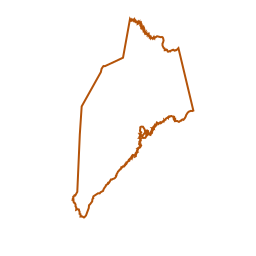 Carurú, Vaupés, Colombia, rotated 206°
{"feature_id": "7082276B59007066817761", "entity_name": "Carurú", "entity_type": "district", "adm_level": 2, "iso_a3": "COL", "parent_name": "Colombia", "parent_adm1": "Vaupés", "projection": "equal_earth", "projection_center": [-71.474, 1.148], "detail": "fine", "context": "isolated", "style": "outline", "palette": "amber", "viewbox_px": 256, "rotation_deg": 206, "n_neighbors": 0, "source": "geoboundaries", "source_scale": "gbopen_adm2", "svg_char_len": 5981}
<svg xmlns="http://www.w3.org/2000/svg" viewBox="0 0 256 256"><g transform="rotate(206 128 128)"><path d="M174.0,226.9L163.3,189.0L175.9,173.4L177.0,173.1L177.3,172.7L177.7,169.7L176.9,166.3L179.1,127.1L168.5,101.1L145.6,48.4L145.8,44.7L146.0,44.8L146.2,44.3L146.6,44.1L146.6,43.3L147.1,42.3L146.5,41.4L146.7,40.5L146.3,39.2L145.6,39.7L144.6,37.8L144.0,37.3L143.4,37.4L143.0,37.0L142.5,37.0L141.5,36.1L140.8,34.5L139.7,34.0L139.6,33.5L139.0,32.8L138.7,31.8L137.7,33.0L136.4,33.2L136.2,32.7L134.8,31.5L133.9,29.6L133.0,29.7L132.5,28.9L131.9,28.6L132.0,27.8L131.9,27.6L131.3,28.1L130.6,28.1L130.1,28.5L128.6,28.2L128.1,28.5L127.4,31.0L128.2,38.9L129.2,41.5L128.7,42.7L128.0,46.3L128.8,48.4L128.4,49.6L129.0,50.3L129.1,51.5L126.3,56.2L124.8,56.8L124.5,58.2L122.8,60.6L123.1,62.1L122.9,63.4L123.0,63.9L122.5,65.8L122.8,66.8L122.5,67.1L122.0,68.5L121.6,68.8L121.8,69.7L121.4,69.7L121.4,70.5L121.0,70.6L120.8,74.2L119.9,74.5L119.8,75.0L118.2,76.6L117.8,77.4L117.4,79.1L117.6,79.8L117.9,80.0L117.6,80.7L118.0,81.4L117.8,83.2L117.9,84.4L117.3,85.9L117.3,86.7L116.7,87.4L116.8,87.8L116.5,88.0L116.8,89.9L116.4,90.1L116.1,89.7L115.9,90.1L115.8,91.2L114.8,91.5L114.6,92.3L114.8,92.6L114.3,93.1L114.6,93.5L114.2,94.1L114.6,94.2L114.6,95.0L114.0,95.3L114.3,96.4L114.0,96.6L113.9,96.0L113.7,96.0L113.6,97.8L112.8,98.6L113.2,99.5L112.8,99.6L112.7,99.0L112.4,99.4L113.0,101.0L112.8,101.3L112.4,100.6L112.5,102.3L112.1,101.6L111.7,101.8L111.9,102.9L112.3,102.9L112.3,103.5L112.1,103.6L111.3,102.9L111.4,103.6L111.1,104.0L111.3,105.1L111.6,105.3L112.0,104.8L112.2,105.0L111.9,105.9L111.2,106.0L110.2,106.6L109.7,106.4L109.3,105.8L109.0,106.5L108.9,105.7L108.6,106.1L109.4,107.7L109.2,109.2L110.0,109.0L109.9,109.5L109.0,110.2L108.8,110.6L109.7,110.8L109.9,111.5L109.6,111.9L109.6,112.6L109.8,112.8L110.1,112.5L110.2,113.2L109.8,113.5L110.0,113.9L109.8,114.2L110.3,114.1L109.6,115.4L108.7,115.9L108.8,116.5L108.5,116.9L108.7,117.4L108.5,118.0L109.0,118.4L109.6,118.0L109.8,118.9L110.4,118.7L110.2,118.0L110.8,118.2L111.3,119.3L111.0,120.4L111.4,120.3L111.8,120.7L111.6,122.0L111.2,122.7L111.7,123.1L111.7,123.6L112.1,123.3L112.8,123.6L113.1,124.0L113.6,123.9L113.3,124.6L113.3,124.9L113.0,125.3L113.1,125.7L113.4,125.2L113.8,125.3L113.8,127.0L114.2,127.2L113.7,127.7L115.0,128.1L114.3,128.6L114.2,129.9L115.6,130.3L116.1,130.9L116.7,132.9L117.3,134.0L117.2,134.4L116.6,135.1L115.1,135.7L112.4,134.0L110.6,131.7L111.4,128.3L111.4,126.7L111.2,126.0L110.2,125.6L108.1,126.8L108.0,128.7L110.1,132.7L110.2,133.7L109.8,134.2L108.6,134.1L107.2,131.0L106.9,131.9L106.2,132.3L105.6,131.5L104.8,131.6L104.9,132.1L105.4,132.0L106.0,132.7L105.7,133.0L105.1,132.6L104.8,132.9L104.9,133.1L105.3,133.0L105.4,133.4L105.8,133.5L105.7,134.8L105.2,134.4L104.4,134.3L104.5,134.8L105.4,135.3L105.3,135.6L104.8,135.8L105.1,136.5L104.7,137.0L105.1,137.7L105.8,136.9L106.0,137.7L105.2,138.1L106.0,138.4L105.1,138.7L105.8,139.5L105.7,140.0L105.0,139.7L105.2,140.0L105.3,140.9L105.1,141.1L104.7,140.5L104.3,140.9L104.0,141.6L104.1,141.8L104.5,141.7L104.6,142.3L105.2,142.3L105.2,142.7L104.1,142.4L103.6,143.5L104.0,143.9L103.7,144.9L104.1,145.1L104.4,144.8L104.5,145.6L103.2,145.6L103.0,145.3L102.7,145.5L102.3,145.2L102.2,145.5L102.4,145.8L101.5,146.3L101.5,146.8L101.3,146.7L101.2,147.2L100.6,146.9L100.4,147.5L100.2,147.5L99.8,149.0L99.4,149.2L99.2,149.7L98.9,149.6L99.0,150.2L98.6,150.7L98.8,151.0L98.5,150.9L98.3,151.6L97.9,151.9L98.1,152.9L97.7,153.7L97.4,154.1L97.0,154.3L96.9,154.8L96.6,154.7L96.8,155.1L96.3,155.4L96.3,155.9L95.8,156.1L95.9,156.5L95.4,156.5L95.3,157.0L94.3,157.8L92.8,157.8L92.1,158.3L91.4,158.3L90.8,157.6L91.1,157.1L90.9,156.8L91.2,156.7L91.0,156.2L90.5,155.8L89.9,156.3L89.9,155.8L89.3,155.9L89.3,155.4L88.8,155.3L88.7,154.8L86.8,155.9L84.9,155.8L83.9,157.7L83.5,157.8L83.2,158.2L83.3,158.8L83.0,159.3L82.6,159.7L81.7,159.7L81.5,160.9L81.2,161.5L81.3,162.3L81.1,163.4L81.4,165.0L81.1,167.8L80.6,169.2L79.0,171.0L77.7,171.4L76.9,172.3L117.7,221.9L118.6,219.2L119.2,219.0L119.8,218.0L121.3,218.2L121.5,218.2L121.7,217.7L122.2,217.7L123.4,216.2L123.7,215.3L124.3,215.4L125.3,214.2L125.8,214.1L127.1,215.3L127.7,215.4L128.3,214.5L129.1,214.0L129.9,215.5L131.1,215.6L133.1,217.2L134.0,218.9L134.0,220.2L134.4,222.3L135.8,224.1L136.7,224.7L137.4,224.7L138.3,224.0L142.1,223.2L143.0,221.5L143.3,221.4L143.6,221.8L143.4,221.1L143.8,220.7L143.7,220.4L144.1,220.6L144.3,220.3L144.4,220.7L144.5,220.6L144.3,220.0L144.5,219.6L144.8,220.2L144.9,219.5L145.2,219.5L145.1,219.1L145.4,219.1L145.4,219.6L145.7,219.5L145.7,219.9L145.9,219.3L146.4,219.1L147.0,219.4L147.1,218.8L147.4,219.2L147.6,218.9L147.8,219.1L147.6,219.5L147.8,219.7L147.8,220.3L148.5,220.3L148.6,219.9L148.8,220.3L149.1,220.3L149.1,220.0L149.5,220.0L149.6,220.6L150.1,220.6L150.2,220.2L150.5,220.7L150.6,220.3L150.7,220.9L151.0,220.4L151.1,220.8L151.7,220.8L151.8,221.3L152.3,220.9L152.4,221.4L152.5,220.9L152.9,221.1L153.6,220.4L154.0,220.7L153.7,221.0L154.0,221.2L153.9,221.6L154.3,221.4L154.6,221.5L154.6,220.9L154.9,221.2L154.9,222.0L155.2,221.6L156.1,221.5L156.1,221.9L156.6,222.2L156.3,222.5L156.5,223.3L157.3,223.4L157.1,223.8L156.7,223.7L156.6,224.0L157.3,224.4L157.5,224.8L157.7,224.7L157.9,225.1L158.2,225.1L158.4,225.5L158.6,225.3L159.1,225.8L159.2,225.6L159.0,225.1L158.8,225.2L158.8,224.6L159.1,224.6L159.1,223.9L159.6,224.1L159.9,223.8L160.3,225.0L160.5,224.8L160.4,224.4L161.0,224.9L160.7,224.9L161.2,225.5L161.0,225.8L161.5,226.3L161.1,226.5L161.1,227.0L162.0,227.8L162.3,227.7L162.7,228.4L163.1,228.3L163.0,227.9L163.4,227.9L163.4,228.4L163.9,228.0L163.7,227.7L163.9,227.5L163.8,227.1L164.0,226.9L164.2,227.3L164.2,226.8L164.5,226.4L164.7,227.7L165.1,226.8L165.2,227.2L165.5,226.9L166.0,226.8L166.1,227.5L166.4,227.0L166.9,227.0L168.0,227.7L167.9,227.2L168.7,227.3L168.5,226.8L169.5,227.1L169.6,226.7L169.8,226.8L169.8,227.2L170.2,228.1L170.4,227.5L170.6,227.6L170.6,227.9L171.1,227.7L171.2,226.5L171.5,226.2L172.0,226.8L172.3,226.4L172.6,226.7L172.7,226.1L174.0,226.9Z" fill="none" stroke="#b45309" stroke-width="2"/></g></svg>